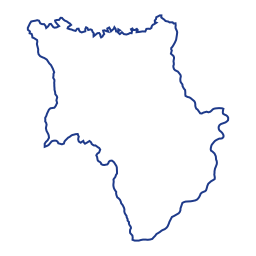 Irituia, Pará, Brazil (orthographic projection)
{"feature_id": "56859067B38485499919925", "entity_name": "Irituia", "entity_type": "district", "adm_level": 2, "iso_a3": "BRA", "parent_name": "Brazil", "parent_adm1": "Pará", "projection": "orthographic", "projection_center": [-47.41, -1.836], "detail": "fine", "context": "isolated", "style": "outline", "palette": "blue", "viewbox_px": 256, "rotation_deg": 0, "n_neighbors": 0, "source": "geoboundaries", "source_scale": "gbopen_adm2", "svg_char_len": 5412}
<svg xmlns="http://www.w3.org/2000/svg" viewBox="0 0 256 256"><path d="M175.5,23.3L173.6,23.5L172.6,22.3L171.1,22.3L169.5,22.4L168.4,21.6L166.9,21.3L165.5,21.0L164.3,19.7L162.8,18.6L161.3,17.5L161.4,15.4L159.8,15.4L158.2,16.3L156.3,17.2L156.0,19.1L154.8,20.5L154.9,22.1L156.4,22.7L154.3,24.1L152.8,24.8L151.7,26.3L151.4,27.9L149.9,28.9L148.3,28.7L146.4,28.9L145.3,31.5L142.4,31.4L140.1,31.8L138.5,32.0L136.6,32.2L136.7,30.9L137.7,30.0L136.8,28.9L134.8,30.0L133.3,30.0L132.4,28.5L131.0,29.2L132.0,31.3L131.6,33.2L130.0,33.0L128.4,33.9L126.4,34.5L123.9,34.1L121.9,32.2L120.9,33.2L119.8,34.1L118.5,33.0L118.0,31.4L116.1,31.4L115.6,28.9L114.4,27.2L113.7,28.9L112.7,29.7L111.0,31.3L110.5,29.8L109.2,27.5L107.3,28.5L107.5,30.0L108.3,31.7L106.3,31.1L104.5,30.3L103.1,30.6L103.6,32.4L104.2,34.1L103.1,35.3L102.5,36.5L101.1,37.4L100.5,36.2L100.2,34.4L99.2,33.0L97.4,33.2L96.3,34.1L95.0,35.2L93.6,36.3L93.5,34.8L93.8,33.4L92.6,31.9L91.8,29.9L90.6,29.4L88.2,30.0L87.4,28.0L86.1,27.3L85.3,28.9L85.3,31.3L83.6,31.8L81.7,32.4L79.9,31.6L79.0,30.1L78.6,28.7L77.1,28.8L75.6,30.9L73.3,30.3L71.5,29.5L69.8,29.2L67.6,28.4L68.0,27.1L69.5,26.1L71.1,24.9L69.9,23.5L68.6,22.8L67.4,21.8L66.3,21.2L64.6,20.5L63.0,19.1L62.0,17.9L60.6,17.8L59.1,19.9L56.6,20.0L55.1,20.5L55.4,21.8L57.0,23.9L59.1,26.1L56.6,27.4L54.6,27.7L53.3,27.1L50.9,23.9L49.5,24.1L48.1,26.4L46.2,28.0L45.5,25.8L44.1,24.1L42.0,24.1L40.3,23.4L39.0,20.7L37.2,20.2L35.4,20.7L33.5,21.0L31.2,21.5L30.0,23.3L27.8,27.9L27.9,29.8L29.9,31.4L29.6,33.3L31.6,33.9L32.2,35.7L32.4,37.5L34.0,38.1L37.1,40.1L37.3,41.7L36.9,43.9L37.2,45.4L38.2,49.2L38.1,52.0L38.6,54.3L40.2,56.2L42.7,57.4L44.3,58.0L46.8,59.6L49.3,63.4L51.0,65.1L52.8,68.6L54.2,72.3L53.5,73.8L53.5,75.5L53.2,77.8L54.4,79.9L54.4,81.3L54.2,82.7L54.3,84.3L54.3,86.0L54.5,88.3L54.5,89.7L55.1,92.1L55.3,94.2L56.7,96.0L57.2,97.3L56.4,100.3L56.8,101.7L57.1,103.1L56.4,104.3L55.9,105.6L54.4,107.7L50.4,108.3L48.9,109.7L48.0,111.6L47.0,113.7L46.3,115.9L45.2,117.9L45.3,119.9L45.2,121.4L46.1,122.8L46.6,124.7L45.9,128.1L46.5,130.8L48.2,134.0L48.7,135.4L49.0,137.8L47.6,140.3L45.9,141.9L44.7,143.7L44.7,146.8L47.0,145.9L48.5,145.1L49.4,144.1L50.4,142.9L51.6,141.4L53.2,140.8L55.0,140.6L56.4,140.8L57.6,141.7L58.3,143.3L59.8,143.7L61.9,144.3L63.9,143.6L64.5,141.5L65.4,140.4L66.8,139.0L68.2,137.6L69.6,136.9L71.1,135.7L72.3,135.0L73.7,134.7L75.5,134.2L77.7,134.0L78.2,135.5L78.8,136.7L78.3,138.0L78.2,139.6L78.8,141.5L80.7,142.7L81.9,141.8L83.3,140.9L83.8,142.4L85.0,143.7L87.0,142.6L89.5,141.0L91.1,142.4L91.6,143.8L92.6,144.7L94.1,145.5L95.4,145.4L96.8,146.4L98.0,147.3L99.2,148.0L100.2,149.6L99.1,152.5L97.4,153.6L96.3,155.3L97.1,157.0L97.6,160.0L98.4,161.2L99.7,161.8L100.8,162.8L101.3,164.2L102.9,164.9L104.3,165.0L107.4,164.4L108.3,163.2L108.9,161.7L110.1,160.8L111.9,160.6L113.0,161.4L114.0,162.3L115.4,164.5L116.3,165.9L116.8,167.4L116.9,169.4L117.0,171.5L117.0,173.5L116.0,174.9L115.4,176.8L114.3,178.3L113.5,179.4L113.7,181.8L113.4,184.2L113.4,185.8L113.8,187.8L114.4,189.2L115.2,190.5L116.2,191.9L116.1,193.5L116.5,195.3L117.3,197.4L118.7,198.4L120.0,199.9L120.8,201.7L121.2,203.3L122.6,205.0L124.0,207.8L124.4,209.3L124.3,211.4L124.7,213.0L125.6,214.6L126.5,215.8L126.7,217.4L127.6,219.1L127.6,220.6L129.0,222.1L128.9,223.7L129.7,225.4L130.6,226.5L131.0,228.0L130.1,229.8L130.0,231.4L130.1,232.9L131.0,234.0L132.4,235.5L132.7,237.6L132.5,239.8L134.7,240.6L138.8,240.6L140.9,240.0L143.0,239.6L145.7,239.6L147.8,239.8L150.2,239.5L152.3,238.9L153.5,237.5L155.1,235.9L156.5,234.0L158.1,233.1L160.0,231.9L161.6,230.6L163.2,229.8L164.7,229.2L166.5,227.8L167.6,226.4L168.8,223.7L169.4,221.9L171.9,217.0L174.0,216.0L178.7,213.3L179.8,211.9L180.4,210.3L180.5,208.4L181.2,206.4L182.4,202.9L184.0,202.1L185.6,201.6L190.6,201.3L192.5,201.0L195.3,200.4L197.0,199.6L198.2,198.4L199.2,197.0L200.0,195.4L200.6,193.8L201.7,192.7L203.1,192.0L204.9,191.3L206.0,190.4L206.5,189.0L207.0,187.3L207.3,186.0L208.3,183.7L209.9,182.3L211.0,181.3L213.6,179.8L214.7,179.0L214.8,177.4L214.3,174.6L214.5,173.0L214.5,171.4L215.0,168.6L215.7,167.0L216.3,165.4L216.8,164.0L216.9,162.6L216.7,161.0L216.1,159.6L215.8,156.3L214.5,153.5L212.4,151.5L211.0,150.6L210.7,149.2L210.9,147.7L211.3,145.9L211.8,144.7L213.9,142.1L215.0,140.9L216.4,140.0L218.0,139.2L219.3,138.6L220.9,138.6L222.4,138.2L223.5,136.8L223.5,135.3L222.9,134.0L222.2,132.9L220.8,131.5L219.7,130.7L218.9,129.4L218.6,127.8L218.8,126.4L219.6,125.0L221.0,124.0L223.3,123.2L225.5,122.4L226.9,121.4L228.0,120.3L228.2,118.8L228.1,117.4L227.2,116.1L226.0,115.2L224.5,114.6L223.0,113.6L222.8,112.2L223.0,110.5L223.4,108.8L222.1,108.3L219.0,108.1L215.6,108.4L214.1,108.7L212.7,109.4L211.6,110.6L210.3,111.7L208.5,112.3L206.6,111.7L203.4,112.6L201.8,113.5L200.2,113.3L199.3,112.0L197.5,109.5L196.3,108.7L195.7,107.4L195.3,105.9L195.3,104.2L195.0,102.5L194.3,101.2L190.6,98.1L189.4,97.4L187.4,96.9L185.5,95.9L185.3,94.5L185.3,92.3L185.1,90.0L184.1,88.9L183.3,87.6L182.6,86.2L182.4,84.4L181.3,83.0L180.5,81.6L180.3,79.8L180.4,78.2L180.8,76.6L180.6,75.2L179.8,74.0L177.9,71.6L176.7,71.0L175.2,70.3L174.1,69.2L173.5,67.6L173.3,66.0L173.8,64.7L173.8,63.0L173.5,61.5L173.7,60.0L174.0,58.6L174.0,57.3L173.4,55.9L170.9,53.7L171.3,52.2L171.8,50.5L171.2,49.3L171.3,47.9L172.3,46.9L173.2,45.5L174.8,42.7L175.4,41.4L176.1,39.8L176.7,36.2L177.0,34.1L177.2,32.2L176.8,30.8L175.6,28.2L175.5,26.8L175.7,25.4L175.5,23.3ZM118.0,31.4L119.9,30.3L118.3,29.3L118.0,31.4Z" fill="none" stroke="#1e3a8a" stroke-width="2"/></svg>